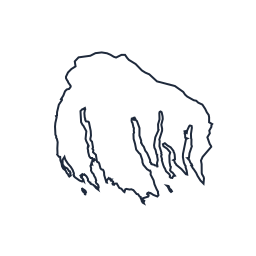 the district of Súðavíkurhreppur, Vestfirðir, Iceland, rotated 150°
{"feature_id": "244011B7322015257461", "entity_name": "Súðavíkurhreppur", "entity_type": "district", "adm_level": 2, "iso_a3": "ISL", "parent_name": "Iceland", "parent_adm1": "Vestfirðir", "projection": "orthographic", "projection_center": [-22.738, 65.904], "detail": "fine", "context": "isolated", "style": "outline", "palette": "slate", "viewbox_px": 256, "rotation_deg": 150, "n_neighbors": 0, "source": "geoboundaries", "source_scale": "gbopen_adm2", "svg_char_len": 5798}
<svg xmlns="http://www.w3.org/2000/svg" viewBox="0 0 256 256"><g transform="rotate(150 128 128)"><path d="M94.0,192.8L97.1,194.6L103.1,195.0L104.7,196.8L106.5,200.1L108.8,203.2L113.0,206.6L118.8,209.1L124.5,209.4L135.5,213.9L140.8,212.3L142.6,207.6L147.5,207.4L152.2,206.1L156.1,203.4L156.8,202.1L156.9,199.5L156.7,198.6L157.0,197.3L156.6,193.3L157.0,192.4L159.4,191.3L161.8,192.0L164.2,191.3L167.8,188.4L171.5,186.5L170.9,185.9L171.3,185.2L176.2,182.8L181.5,177.2L183.3,174.2L184.4,174.3L184.5,172.9L188.4,168.7L190.5,165.7L194.2,158.5L194.3,156.8L195.1,155.5L195.0,154.2L196.0,150.9L199.4,145.7L201.9,141.0L202.6,140.5L202.2,137.6L201.2,136.9L202.7,133.8L203.3,130.5L204.3,127.8L204.4,125.2L203.3,122.4L203.5,119.5L203.0,117.8L203.3,116.6L203.1,115.3L201.3,115.5L200.7,117.8L200.2,117.9L200.0,119.6L200.6,120.2L200.8,123.3L202.0,125.3L202.4,124.8L202.8,125.6L202.6,127.8L202.9,129.0L200.6,133.1L197.5,134.7L197.7,134.0L198.0,134.3L197.7,133.9L198.1,131.7L197.9,127.3L197.0,122.8L196.9,119.4L197.5,115.8L198.3,114.6L198.7,114.6L198.8,113.8L198.6,113.6L198.9,113.2L198.5,111.7L196.2,106.7L194.5,104.6L193.9,104.5L193.2,105.4L192.9,104.2L192.5,105.7L192.6,107.0L193.3,108.6L192.8,109.1L193.0,110.5L192.3,110.6L191.9,109.2L191.5,109.7L191.5,110.7L190.6,110.9L190.0,109.8L189.0,109.7L189.0,108.9L188.6,108.6L188.1,106.6L188.2,103.8L189.0,102.5L188.3,99.5L187.9,99.4L188.2,98.3L186.3,95.9L186.1,94.2L185.5,94.0L185.4,93.3L185.8,93.2L185.7,92.0L184.7,89.7L184.4,91.7L183.8,90.7L183.5,91.2L183.8,91.6L183.2,91.3L183.2,90.7L182.4,93.3L182.6,94.8L183.1,95.8L183.0,96.6L182.7,97.8L181.8,98.4L181.1,101.6L181.3,102.7L180.9,105.6L181.4,107.2L181.3,109.7L180.0,111.6L179.5,113.9L177.9,114.3L178.1,115.1L177.3,115.6L177.1,115.1L176.7,116.5L175.6,116.7L175.0,118.1L174.6,118.2L174.3,117.3L173.9,118.1L174.0,119.9L175.4,120.7L175.7,122.8L174.4,127.5L174.0,127.9L173.1,130.6L172.0,132.0L171.7,131.6L171.0,132.2L170.7,137.5L170.2,139.8L165.7,146.0L165.5,152.3L165.8,153.4L165.7,156.5L160.7,166.4L158.2,167.1L156.1,166.1L156.2,166.9L155.3,166.9L155.5,166.1L158.3,162.8L160.1,159.0L160.6,156.9L161.0,156.6L161.1,154.8L159.2,153.3L159.0,152.5L161.8,144.0L163.9,139.9L166.2,137.3L166.5,135.9L166.0,134.2L168.0,128.7L169.2,127.8L168.9,126.8L169.1,126.1L170.4,124.6L169.2,120.9L171.6,114.6L171.5,113.7L170.7,113.0L170.7,111.6L172.0,106.9L171.7,105.4L170.6,104.4L170.5,103.5L170.9,101.6L172.2,99.0L173.9,91.7L173.5,91.3L172.7,93.9L172.3,93.3L169.7,94.3L169.4,93.2L168.8,93.1L168.7,92.2L168.3,91.9L169.1,91.8L169.2,91.3L168.3,91.3L168.3,89.8L167.7,89.0L168.5,87.6L169.2,87.6L169.4,86.7L168.5,85.8L167.4,86.5L165.5,85.5L165.5,80.5L164.1,78.7L163.5,75.1L163.1,74.3L161.1,76.2L159.9,76.1L157.4,73.9L155.8,73.3L154.4,71.5L153.5,66.5L152.4,65.6L152.2,62.8L151.5,61.9L152.1,60.9L152.2,60.2L152.0,59.6L152.6,58.0L152.6,56.0L151.9,54.8L151.8,55.6L150.3,56.8L151.3,58.7L151.2,59.9L144.8,58.5L144.0,59.0L143.8,59.6L144.5,61.3L143.7,61.9L142.3,61.8L141.6,60.4L141.0,60.4L139.5,57.4L136.8,54.0L135.2,54.6L134.5,56.9L133.9,57.7L133.8,61.0L133.2,66.1L132.0,69.9L131.7,76.4L130.3,78.5L130.4,79.4L130.1,80.0L130.9,80.5L132.1,82.8L133.1,88.3L132.7,90.9L131.6,93.2L130.4,99.2L131.0,100.8L131.7,105.2L129.8,110.8L128.6,115.7L126.2,120.2L125.0,121.0L124.5,122.5L122.9,125.0L123.0,125.7L121.6,130.1L121.7,131.2L121.2,132.7L120.0,134.3L119.2,134.1L118.6,133.1L119.0,132.4L118.8,132.1L118.1,132.7L117.7,133.9L117.1,133.7L117.1,133.1L117.7,133.3L117.1,132.4L117.3,131.1L116.8,129.5L118.1,122.2L121.9,115.7L122.9,110.5L124.1,108.7L123.8,108.3L124.1,106.6L123.7,103.8L124.4,99.7L124.0,96.8L124.2,94.8L124.9,89.2L125.9,87.3L125.5,86.6L125.8,85.8L125.5,85.7L125.6,84.8L123.7,83.0L123.2,81.9L122.2,81.5L121.9,80.6L122.0,79.2L120.5,83.0L118.2,85.4L116.8,89.2L116.1,90.1L116.4,90.6L116.3,91.5L115.1,95.2L115.0,97.7L114.0,100.1L109.0,106.3L102.5,111.0L102.7,111.3L100.1,116.2L96.4,119.7L93.4,125.3L92.5,126.1L91.5,126.0L91.0,124.8L92.2,120.9L93.4,118.4L97.5,114.2L98.8,110.3L99.9,108.5L106.7,102.3L107.1,100.8L109.9,96.5L111.4,89.9L112.0,89.4L112.2,88.0L113.4,87.1L114.1,83.9L114.8,83.3L116.0,78.3L116.4,75.4L116.2,74.9L116.7,71.5L115.3,67.3L115.5,65.6L116.3,64.8L116.0,63.7L114.6,62.6L112.9,63.7L111.2,63.2L111.7,67.1L112.6,68.7L112.7,70.4L110.3,72.9L110.5,73.7L109.1,77.6L106.0,83.4L103.6,85.8L104.5,90.6L106.4,94.5L105.9,96.5L103.7,96.4L102.6,93.2L100.7,89.9L100.1,85.4L100.5,84.4L100.4,83.7L100.9,81.6L102.9,77.5L104.8,77.5L104.2,76.5L104.8,74.5L104.5,73.0L104.6,72.0L102.2,65.6L100.9,59.0L100.0,58.1L98.6,61.5L97.7,65.4L97.1,66.1L97.2,67.6L96.9,70.1L95.0,75.4L93.3,78.1L83.3,89.4L81.9,89.3L83.3,91.0L81.8,93.8L81.8,94.8L81.2,95.3L80.7,96.9L79.9,96.6L80.6,96.3L80.4,95.9L80.7,95.3L79.7,94.2L78.2,96.1L74.1,99.0L73.1,99.2L71.9,97.9L72.6,96.2L76.5,91.3L78.5,87.5L78.7,86.5L81.5,81.8L81.8,80.3L87.4,75.4L90.1,71.7L91.5,72.2L91.3,71.7L91.4,70.7L90.9,69.5L91.3,67.1L91.1,64.5L91.9,63.9L91.9,63.5L91.6,63.5L91.8,63.9L91.1,64.0L91.3,63.3L91.9,62.7L92.2,63.1L91.8,61.9L92.0,60.8L91.7,59.7L91.4,55.0L91.7,51.7L91.5,46.3L90.4,42.1L87.4,46.4L87.0,47.7L87.0,51.0L86.7,52.1L82.3,59.9L81.1,63.3L77.8,65.7L65.3,70.1L65.1,70.9L65.2,73.4L63.9,80.3L59.8,82.5L58.9,85.1L55.2,87.3L54.4,88.7L53.1,89.3L54.9,92.4L52.4,96.7L51.6,99.0L51.9,102.1L51.6,106.0L51.9,111.1L54.5,114.8L55.3,117.5L57.2,119.2L61.0,125.6L61.9,128.4L62.1,131.6L66.4,140.9L79.6,153.9L82.7,163.8L85.3,167.3L87.2,170.9L89.4,179.6L93.2,186.6L93.7,189.1L94.0,192.8ZM123.2,58.6L122.9,57.6L123.2,52.8L122.7,51.1L121.6,51.2L121.6,53.0L122.4,55.0L121.9,56.3L121.9,57.5L123.2,58.6ZM198.1,93.5L198.1,92.8L198.0,93.3L196.5,93.4L196.3,94.5L196.6,95.7L197.5,97.5L197.7,97.1L198.0,97.7L198.0,97.2L198.4,97.8L198.8,96.9L198.7,95.2L198.1,93.5ZM173.7,116.8L172.9,116.8L172.8,117.9L173.3,118.1L173.7,116.8ZM198.3,92.1L198.1,91.9L197.8,92.2L197.9,92.4L198.3,92.1Z" fill="none" stroke="#1e293b" stroke-width="2"/></g></svg>